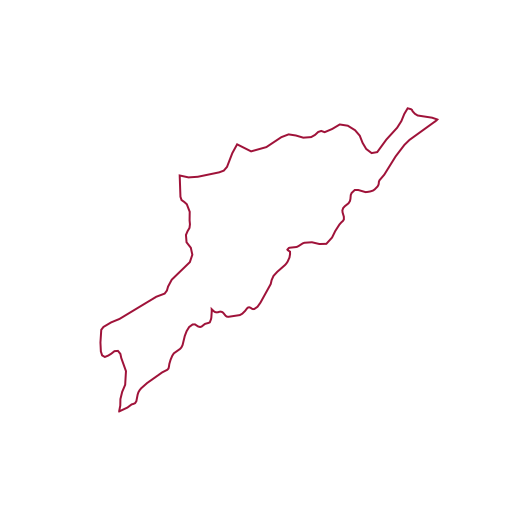 the border of Adamawa, rotated 23°
{"feature_id": "NGA-2881", "entity_name": "Adamawa", "entity_type": "State", "adm_level": 1, "iso_a3": "NGA", "parent_name": "Nigeria", "parent_adm1": "", "projection": "natural_earth1", "projection_center": [12.557, 9.198], "detail": "fine", "context": "isolated", "style": "outline", "palette": "rose", "viewbox_px": 512, "rotation_deg": 23, "n_neighbors": 0, "source": "natural_earth", "source_scale": "10m", "svg_char_len": 2548}
<svg xmlns="http://www.w3.org/2000/svg" viewBox="0 0 512 512"><g transform="rotate(23 256 256)"><path d="M369.6,59.5L369.1,60.8L351.9,89.2L349.2,95.7L345.6,109.8L342.3,131.0L340.1,138.0L340.1,139.5L340.8,141.8L340.9,143.1L340.7,144.6L339.2,148.4L338.1,150.1L336.0,151.9L335.1,152.5L333.7,153.4L331.9,154.4L324.3,155.3L321.1,156.7L319.4,160.6L319.4,162.8L320.6,166.5L321.0,168.7L320.6,171.3L318.3,175.5L317.5,177.8L317.7,180.3L318.7,182.1L321.5,185.5L322.6,188.0L322.3,189.8L321.4,191.7L320.5,194.4L319.2,202.0L318.8,209.3L316.0,217.3L309.7,220.2L302.1,221.5L295.4,224.9L294.1,226.1L291.3,230.2L290.2,231.5L289.4,232.1L283.8,235.2L283.1,235.8L282.4,237.8L282.9,238.2L285.6,238.7L286.6,240.9L287.4,244.3L287.3,248.8L286.9,250.9L286.3,252.8L281.8,262.1L279.9,267.4L279.8,272.0L280.5,276.1L278.3,297.3L277.2,302.2L275.1,305.5L273.8,306.1L272.6,306.1L271.4,305.8L270.0,305.8L268.9,306.4L268.2,307.7L267.4,310.9L265.9,314.5L264.2,316.7L254.3,322.8L252.8,323.2L251.4,322.9L248.2,321.2L247.0,320.8L245.2,321.0L244.0,321.7L242.9,322.7L241.4,323.4L240.0,323.6L238.6,323.3L236.0,322.3L236.8,324.0L239.0,330.3L239.3,331.9L239.4,335.1L238.5,336.1L235.6,338.4L234.9,339.6L234.2,340.9L233.5,342.2L232.3,343.2L230.3,343.5L226.5,342.8L224.4,343.8L222.2,347.5L221.5,352.3L221.7,357.5L223.2,366.6L223.1,368.8L222.9,369.8L222.4,371.2L218.4,377.7L217.9,380.5L217.9,384.8L218.4,389.2L219.1,391.9L219.4,393.8L218.8,395.4L215.1,399.8L205.5,415.3L202.0,422.6L201.3,425.0L201.0,427.4L201.2,429.8L202.6,436.4L202.2,438.7L201.0,440.0L199.5,441.2L196.9,445.7L190.8,452.5L190.7,452.4L189.5,446.7L187.1,440.7L185.9,433.3L185.9,425.7L181.3,412.8L171.8,402.5L169.4,399.1L166.0,397.3L162.9,398.9L161.0,402.4L158.9,405.4L156.3,408.0L153.2,407.6L150.5,404.5L146.6,396.4L142.4,384.4L143.3,380.9L148.6,373.7L155.0,367.2L180.1,332.5L186.6,326.3L187.5,322.6L187.0,318.5L187.7,310.7L197.5,287.5L196.9,279.7L192.8,273.9L186.7,270.5L183.3,264.0L183.3,260.0L183.8,256.1L182.8,252.6L181.0,249.3L177.7,241.2L172.1,235.4L168.9,234.3L165.6,233.6L163.3,231.0L154.3,211.7L163.2,210.0L171.5,205.8L189.4,193.4L193.0,190.0L194.5,185.3L194.0,170.5L195.0,160.6L210.6,161.6L223.0,151.7L232.9,136.7L238.5,131.3L245.6,129.5L253.3,128.6L260.3,125.0L263.0,121.5L264.8,117.5L267.2,115.4L270.8,115.2L276.5,109.3L281.7,102.2L289.6,100.2L298.0,101.5L304.5,104.7L309.9,110.2L315.6,114.4L322.2,116.1L327.0,113.0L330.5,97.9L335.8,82.8L337.1,75.0L337.0,67.3L337.9,60.8L341.2,60.3L342.5,60.6L343.6,61.6L346.7,63.0L349.9,63.5L364.0,59.9L369.5,59.5L369.6,59.5Z" fill="none" stroke="#9f1239" stroke-width="2"/></g></svg>